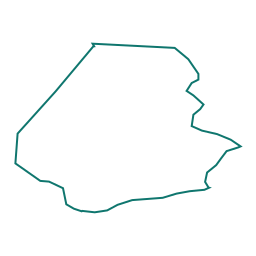 outline of Götene, Västra Götaland, Sweden
{"feature_id": "70781695B15977475092104", "entity_name": "Götene", "entity_type": "district", "adm_level": 2, "iso_a3": "SWE", "parent_name": "Sweden", "parent_adm1": "Västra Götaland", "projection": "natural_earth1", "projection_center": [13.545, 58.597], "detail": "fine", "context": "isolated", "style": "outline", "palette": "teal", "viewbox_px": 256, "rotation_deg": 0, "n_neighbors": 0, "source": "geoboundaries", "source_scale": "gbopen_adm2", "svg_char_len": 640}
<svg xmlns="http://www.w3.org/2000/svg" viewBox="0 0 256 256"><path d="M93.3,46.4L55.6,91.4L17.6,133.6L15.4,163.4L40.3,180.9L49.0,181.6L63.0,188.2L66.3,204.3L73.9,208.7L81.7,211.3L82.2,210.9L94.7,212.3L107.2,210.4L117.6,204.8L132.2,200.1L162.7,197.8L176.6,193.6L189.8,191.2L204.4,189.8L209.1,187.7L208.5,187.5L205.1,181.9L207.1,172.5L216.2,165.1L221.0,158.5L226.6,151.1L238.3,147.4L240.6,146.4L230.7,139.7L217.1,134.1L201.9,130.6L191.7,126.1L193.4,114.7L200.2,109.1L203.5,104.5L193.4,95.4L186.6,90.9L191.7,83.0L198.4,79.6L198.4,73.9L188.3,59.2L174.7,47.9L92.6,43.7L94.1,46.3L93.3,46.4Z" fill="none" stroke="#0f766e" stroke-width="2"/></svg>